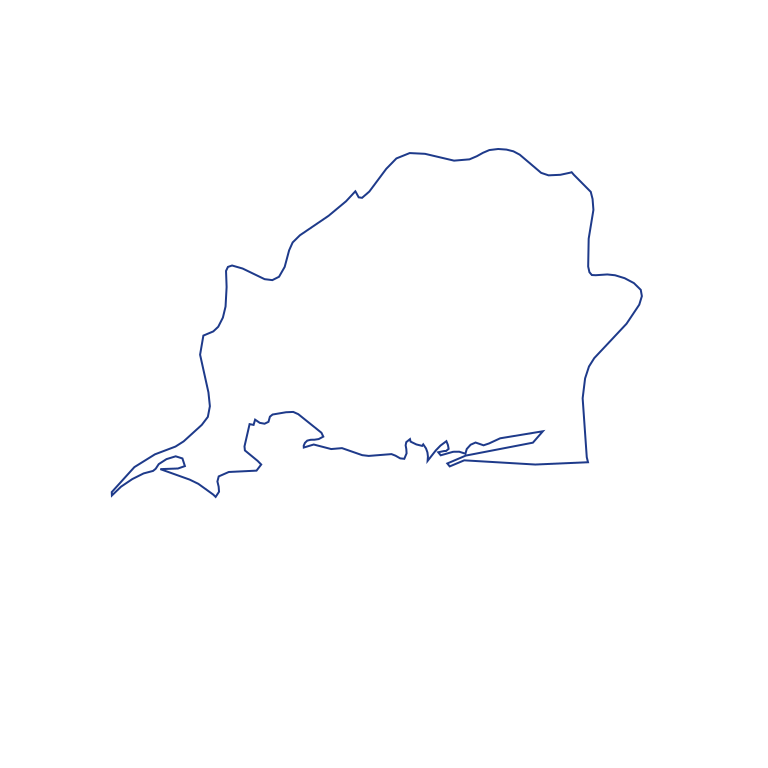 the border of Thừa Thiên - Huế, rotated 141°
{"feature_id": "VNM-490", "entity_name": "Thừa Thiên - Huế", "entity_type": "Province", "adm_level": 1, "iso_a3": "VNM", "parent_name": "Vietnam", "parent_adm1": "", "projection": "albers", "projection_center": [107.633, 16.382], "detail": "fine", "context": "isolated", "style": "outline", "palette": "blue", "viewbox_px": 768, "rotation_deg": 141, "n_neighbors": 0, "source": "natural_earth", "source_scale": "10m", "svg_char_len": 2254}
<svg xmlns="http://www.w3.org/2000/svg" viewBox="0 0 768 768"><g transform="rotate(141 384 384)"><path d="M138.3,485.1L137.0,483.4L134.2,476.8L129.0,449.2L124.8,442.6L115.3,435.6L106.2,431.0L104.9,430.5L104.9,430.4L104.8,427.1L102.4,403.2L105.5,396.5L111.7,387.5L133.5,368.1L151.4,346.8L154.0,341.6L153.9,337.9L151.0,335.3L141.5,328.6L136.0,323.1L130.4,314.8L126.3,305.2L125.2,295.6L128.3,290.0L135.7,285.0L157.6,278.2L204.3,271.8L213.7,268.6L224.2,261.8L238.6,247.9L272.5,199.5L274.7,194.8L317.1,226.2L369.7,274.2L384.8,278.6L384.8,282.4L365.5,276.9L305.2,244.7L290.3,247.3L327.9,268.7L339.8,271.7L345.2,273.7L349.7,280.9L354.9,282.3L360.6,281.4L364.6,278.6L368.2,284.1L372.9,287.8L384.8,292.9L384.8,296.8L379.5,294.1L378.0,292.9L374.6,292.9L373.6,294.7L372.7,296.4L371.5,300.3L378.8,300.6L385.5,299.8L398.5,296.8L395.5,300.0L393.3,303.5L391.9,307.5L391.5,312.4L393.3,311.9L396.9,316.7L399.6,322.5L398.5,324.8L403.3,324.8L405.8,322.7L407.6,319.4L410.1,315.9L415.3,313.1L418.2,316.0L420.2,321.1L422.3,324.8L441.1,337.7L445.7,342.4L457.0,360.6L466.0,366.7L476.7,381.2L486.3,385.1L485.2,386.6L482.5,388.0L479.3,388.3L476.1,386.8L473.0,384.4L469.4,382.3L464.3,381.3L463.3,385.5L469.6,414.5L472.1,419.4L477.9,423.7L489.8,430.4L493.2,430.4L497.6,427.3L501.8,428.3L505.0,432.0L506.6,437.4L511.1,434.3L513.7,437.4L531.7,423.3L533.9,419.9L530.6,403.8L530.1,398.7L537.6,396.9L560.0,413.3L570.6,416.2L574.8,413.1L577.1,408.3L580.0,404.1L585.9,402.2L586.3,405.5L591.1,423.2L595.2,432.0L611.4,458.6L597.3,448.0L590.4,445.5L587.5,453.0L591.4,458.9L600.3,462.5L609.5,463.5L614.8,461.8L618.2,461.8L627.1,465.8L639.4,468.5L653.0,469.7L665.6,468.6L663.6,471.3L663.1,471.4L630.3,476.5L606.3,473.5L585.4,466.6L575.8,465.5L551.3,466.9L541.6,469.3L533.3,476.3L525.7,488.0L508.5,522.5L493.9,535.3L483.6,532.3L476.8,532.8L467.4,537.0L458.4,543.9L445.3,558.4L435.6,571.3L431.6,573.2L427.5,571.7L421.2,562.7L410.8,540.6L405.4,535.0L398.1,533.4L387.5,537.5L373.6,547.6L365.9,551.5L355.7,552.5L321.3,549.6L298.4,549.9L285.0,551.8L285.1,550.9L286.2,545.0L283.9,542.5L274.3,542.8L246.8,549.8L232.4,551.5L218.7,547.3L207.3,537.1L189.0,513.5L176.2,504.8L168.5,502.6L161.6,501.4L154.9,499.5L147.4,494.8L141.3,489.1L138.3,485.1Z" fill="none" stroke="#1e3a8a" stroke-width="2"/></g></svg>